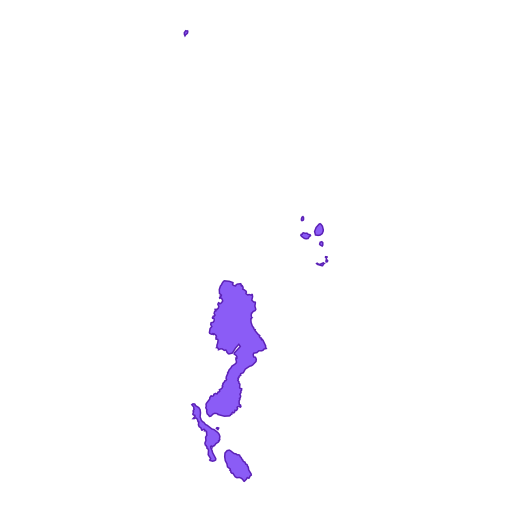 Kepulauan Talaud, Sulawesi Utara, Indonesia
{"feature_id": "22746128B45484540858108", "entity_name": "Kepulauan Talaud", "entity_type": "district", "adm_level": 2, "iso_a3": "IDN", "parent_name": "Indonesia", "parent_adm1": "Sulawesi Utara", "projection": "orthographic", "projection_center": [126.807, 4.647], "detail": "fine", "context": "isolated", "style": "filled", "palette": "violet", "viewbox_px": 512, "rotation_deg": 0, "n_neighbors": 0, "source": "geoboundaries", "source_scale": "gbopen_adm2", "svg_char_len": 6133}
<svg xmlns="http://www.w3.org/2000/svg" viewBox="0 0 512 512"><path d="M229.3,281.3L224.3,280.8L223.4,281.5L222.0,283.5L221.6,284.6L220.4,286.1L219.3,289.5L219.5,293.5L221.4,295.1L221.3,295.8L220.4,296.0L220.7,296.4L220.2,297.1L219.6,297.4L219.6,297.9L219.8,298.3L220.5,298.0L221.6,298.3L222.6,300.4L222.6,301.3L221.1,303.1L219.9,303.8L219.2,303.0L218.6,302.7L217.8,304.2L218.8,306.5L218.3,308.1L216.8,309.7L216.2,309.7L216.2,309.3L215.1,309.4L215.8,310.9L214.7,311.3L214.1,313.4L215.0,315.1L214.4,316.1L213.3,316.1L212.4,317.8L212.6,318.3L213.8,318.2L214.2,319.4L214.1,320.9L213.1,322.3L211.1,322.7L210.7,324.5L211.8,326.6L210.1,328.5L209.4,332.5L209.7,333.3L211.2,334.1L212.1,334.3L212.7,333.7L213.2,334.2L213.3,333.8L213.8,334.1L214.1,333.8L216.2,335.5L216.1,336.3L216.5,336.9L215.9,337.7L216.0,339.1L217.6,339.3L218.1,340.4L217.5,343.7L216.9,345.1L217.0,346.5L216.5,347.6L217.3,347.6L218.0,348.3L218.5,348.8L218.5,349.7L220.8,348.8L222.3,349.0L224.3,350.4L225.8,350.0L226.9,351.7L226.9,352.2L228.4,353.8L229.1,353.9L232.3,353.1L235.7,347.8L238.8,344.3L240.3,346.5L234.5,352.8L234.1,353.9L236.2,355.5L236.9,356.8L236.8,358.3L236.0,358.2L236.2,358.6L235.8,359.0L236.5,362.1L236.1,363.0L235.0,364.1L231.7,366.3L231.3,367.4L229.0,370.0L228.4,371.8L227.7,372.4L228.0,372.9L226.3,376.8L226.1,378.5L226.6,379.3L226.4,379.8L225.7,380.7L224.7,380.9L224.2,382.2L222.9,383.4L223.1,384.0L222.2,386.0L222.7,386.4L222.3,387.7L221.1,388.9L219.4,389.7L219.8,391.0L219.6,391.4L219.2,391.8L218.1,392.0L217.2,393.8L216.8,393.9L215.5,393.4L213.8,394.3L213.6,395.5L212.8,396.1L211.8,396.3L211.2,395.8L210.8,396.1L209.8,397.6L209.7,399.0L206.3,403.5L206.0,404.7L206.3,406.1L205.8,407.4L206.0,408.3L206.9,409.9L206.6,411.0L207.0,413.2L207.3,414.0L208.2,414.7L209.4,416.3L209.6,416.1L210.7,416.3L213.2,413.9L214.8,413.3L217.0,413.6L217.8,414.0L217.9,414.5L224.4,416.2L229.4,415.9L230.4,415.3L230.6,414.5L231.8,414.2L232.1,412.7L232.5,412.3L233.8,412.9L234.6,412.0L235.0,410.3L236.0,410.6L236.6,410.3L237.6,408.7L237.1,407.6L237.4,406.8L239.0,406.4L240.3,407.2L240.9,406.6L240.5,405.0L239.4,404.5L239.2,403.9L239.1,401.0L239.9,399.2L239.5,398.3L240.2,397.9L240.7,396.1L239.9,394.2L241.0,392.5L240.8,391.1L241.5,390.4L241.7,388.8L239.9,388.2L239.6,387.6L239.9,384.1L238.9,383.1L238.9,381.7L237.8,380.4L238.3,379.3L238.0,378.2L239.0,377.6L239.0,376.5L239.4,376.0L240.7,375.4L240.4,374.3L240.7,373.7L243.3,372.7L245.3,369.1L249.7,366.2L251.1,365.9L252.6,365.0L256.0,361.5L256.3,359.3L255.7,357.8L255.3,357.2L253.8,357.0L253.5,356.2L253.2,354.4L253.7,353.2L256.9,352.6L258.8,350.8L261.7,350.8L263.1,350.2L264.1,349.0L266.3,348.5L265.5,347.1L265.7,346.0L263.1,340.5L262.3,339.4L261.7,339.8L261.3,339.3L261.5,338.9L261.1,337.9L260.2,337.8L259.4,336.6L259.8,335.6L257.9,334.1L255.2,330.8L254.9,330.2L255.1,329.7L254.5,329.7L253.6,328.2L253.7,327.8L252.3,326.0L251.1,322.5L250.8,318.9L251.5,318.7L251.6,317.8L251.9,317.6L251.5,317.4L251.2,315.1L251.5,313.1L252.2,312.9L253.1,311.5L255.1,310.6L255.8,309.3L254.9,306.1L255.4,302.7L255.0,302.0L253.8,302.1L251.8,300.2L252.6,296.6L252.3,294.6L252.0,294.4L251.3,295.1L249.0,294.5L247.9,295.0L246.3,294.0L245.9,293.3L246.4,292.2L246.1,291.2L244.1,289.7L242.8,289.1L243.1,287.9L242.8,286.7L242.2,285.7L241.6,286.0L241.2,285.7L241.2,284.7L240.7,283.7L237.4,284.1L236.2,284.7L235.6,285.9L235.1,285.9L233.8,285.5L232.7,284.7L232.5,284.0L233.1,282.9L232.7,282.5L229.3,281.3ZM234.0,453.5L230.7,450.9L229.3,450.1L227.1,450.6L225.0,453.0L224.7,456.7L225.3,460.7L226.9,463.7L227.5,466.9L230.2,469.0L230.3,469.8L229.9,470.2L230.8,471.0L230.9,472.3L231.8,473.2L232.9,473.3L235.2,476.8L236.9,477.7L239.5,477.5L241.2,478.2L242.6,479.3L243.8,481.1L244.3,481.3L246.3,479.3L247.3,477.6L248.5,478.2L249.2,478.0L249.9,476.2L251.3,475.1L251.1,473.9L248.7,469.9L248.3,467.4L248.0,466.6L247.5,466.3L247.3,465.0L246.6,464.3L245.7,464.1L245.0,462.2L243.3,461.4L242.7,459.9L242.3,459.8L241.1,457.5L240.2,456.7L239.6,455.2L238.7,454.8L237.2,454.8L236.1,453.9L234.0,453.5ZM194.2,403.9L192.8,403.9L191.8,404.7L193.8,407.1L193.8,408.7L194.1,409.4L193.2,410.6L193.1,411.2L193.6,411.7L192.8,414.2L193.5,415.0L194.8,415.3L195.0,416.4L193.1,418.6L194.3,418.6L194.8,418.0L196.3,418.2L196.8,418.6L197.5,419.7L198.0,421.7L198.8,422.0L198.4,424.8L199.1,426.6L200.9,427.9L201.7,430.1L202.2,430.2L203.3,429.4L204.1,429.3L204.8,430.0L204.6,430.8L205.4,430.7L206.5,431.5L206.3,432.0L206.7,432.7L206.6,434.2L206.9,435.0L205.6,437.2L205.9,440.5L204.9,443.1L205.3,445.0L206.2,445.5L206.3,446.2L206.8,446.6L207.0,448.3L207.6,448.4L208.5,450.1L208.2,454.7L210.6,458.5L210.3,459.4L209.7,460.0L210.1,460.5L212.6,461.2L214.5,460.7L215.6,460.0L215.8,458.7L212.6,452.7L212.1,450.6L211.4,449.2L211.8,448.3L210.8,448.0L210.7,446.5L211.2,446.0L212.6,446.8L213.7,445.7L214.4,445.7L215.9,443.6L218.3,442.1L219.1,440.9L218.8,440.5L219.4,440.3L219.8,439.4L219.5,438.3L219.9,436.7L219.6,435.6L219.1,434.2L217.9,432.6L214.1,429.6L211.9,429.0L207.1,425.2L205.6,424.6L203.7,422.2L202.8,421.9L201.3,420.2L200.1,416.9L200.5,412.9L200.1,409.7L198.8,407.6L195.2,405.4L195.1,404.4L194.2,403.9ZM320.1,235.1L322.2,233.6L323.2,231.1L323.3,229.8L322.4,226.2L321.0,224.3L320.1,223.7L319.1,224.1L316.1,227.5L314.6,231.5L315.5,235.0L318.1,235.4L320.1,235.1ZM303.4,232.8L302.6,233.2L302.2,234.3L301.2,234.4L300.8,235.2L301.5,236.3L304.3,238.4L306.1,238.8L308.1,238.5L309.2,236.7L310.5,235.7L310.2,234.8L308.0,234.2L307.0,233.2L305.0,233.3L303.4,232.8ZM321.8,241.7L320.2,242.2L319.6,244.1L320.0,244.8L322.2,246.1L322.8,245.1L322.8,242.7L321.8,241.7ZM187.1,31.1L185.7,30.7L184.3,32.7L184.4,34.4L185.0,35.8L185.7,34.7L187.4,33.3L187.8,31.7L187.6,30.9L187.1,31.1ZM324.2,263.5L323.4,262.8L319.8,264.4L318.4,264.1L317.2,263.2L316.6,263.5L317.4,264.4L322.2,265.8L322.6,265.7L323.8,263.6L324.2,263.5ZM302.9,216.6L302.0,217.2L301.4,218.9L301.4,220.1L302.0,220.7L303.3,220.1L303.6,219.2L303.5,217.3L302.9,216.6ZM327.7,260.8L326.4,259.2L325.9,261.1L326.2,262.0L327.3,261.7L327.7,260.8ZM216.9,427.7L216.4,428.3L217.9,429.6L218.7,428.1L217.9,427.7L216.9,427.7ZM327.0,256.8L325.6,256.7L325.5,257.5L326.3,258.0L326.4,257.5L327.0,257.4L327.0,256.8Z" fill="#8b5cf6" stroke="#5b21b6" stroke-width="1.5"/></svg>